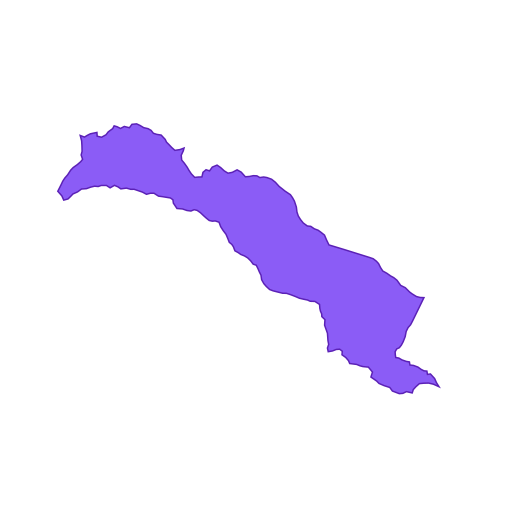 Lucélia, São Paulo, Brazil (Mercator projection), rotated 283°
{"feature_id": "56859067B24992356394573", "entity_name": "Lucélia", "entity_type": "district", "adm_level": 2, "iso_a3": "BRA", "parent_name": "Brazil", "parent_adm1": "São Paulo", "projection": "mercator", "projection_center": [-50.994, -21.634], "detail": "fine", "context": "isolated", "style": "filled", "palette": "violet", "viewbox_px": 512, "rotation_deg": 283, "n_neighbors": 0, "source": "geoboundaries", "source_scale": "gbopen_adm2", "svg_char_len": 3247}
<svg xmlns="http://www.w3.org/2000/svg" viewBox="0 0 512 512"><g transform="rotate(283 256 256)"><path d="M173.0,390.5L169.1,395.6L163.9,395.2L161.3,401.7L159.5,404.5L158.5,410.0L158.0,415.9L155.1,419.3L154.1,426.6L155.2,430.0L157.7,433.1L157.7,439.0L161.2,439.3L164.6,441.2L168.4,443.9L169.8,448.1L171.0,452.7L171.0,457.7L169.8,463.7L173.1,460.4L176.8,457.6L180.3,452.5L179.2,449.7L182.3,448.4L181.9,445.5L182.7,442.3L184.2,438.8L184.8,434.1L184.4,430.5L187.3,429.3L187.1,426.2L187.6,421.6L188.7,418.1L188.5,415.0L191.0,414.0L194.0,413.1L197.1,414.0L198.9,416.3L201.9,417.7L205.6,418.7L211.0,419.5L216.3,419.3L220.5,420.3L223.8,422.1L228.0,423.2L253.2,429.0L252.5,425.1L252.6,421.4L254.2,416.7L255.5,413.7L258.7,408.6L259.9,403.6L264.1,398.8L265.9,395.1L266.9,391.5L268.6,387.4L269.9,382.9L272.7,380.0L276.2,377.1L278.0,374.5L279.7,370.8L280.1,367.1L282.1,340.9L283.2,324.6L287.4,321.2L291.8,318.0L293.8,313.8L295.1,310.7L295.6,306.8L297.2,302.7L296.8,299.2L298.8,294.6L301.5,291.2L304.5,288.2L308.1,286.0L312.8,284.3L318.1,281.1L321.1,278.4L323.5,275.7L325.8,269.6L327.6,265.9L329.0,262.9L332.2,258.3L334.3,253.9L334.9,249.0L334.7,245.7L333.3,242.1L334.3,238.9L333.7,235.4L332.1,231.9L330.8,227.8L334.4,222.7L335.7,218.2L332.2,214.1L330.4,210.1L331.8,205.9L334.2,201.7L335.8,197.6L332.8,193.4L328.5,191.6L328.8,187.9L325.6,185.5L320.9,185.5L319.9,181.8L318.8,178.6L321.5,174.5L324.6,171.2L327.0,169.0L330.3,165.3L332.8,162.0L337.3,160.5L342.1,161.5L345.0,161.6L342.6,158.0L340.7,153.2L342.8,149.4L345.0,146.1L346.8,143.2L349.2,141.3L352.5,136.4L352.2,131.8L352.5,128.4L354.8,125.5L355.8,122.2L355.8,117.7L357.1,113.7L357.9,110.0L356.4,105.5L352.5,103.8L352.6,98.5L349.8,95.3L350.7,91.6L350.9,88.5L347.9,87.7L343.7,84.1L340.4,82.6L337.0,78.8L337.0,74.3L340.6,73.2L339.2,70.1L337.8,67.1L335.8,64.7L333.3,62.1L333.9,57.6L329.0,60.2L324.6,61.5L318.8,63.0L315.1,62.9L311.2,65.3L308.5,64.0L304.8,61.3L301.1,58.0L297.9,56.1L292.7,54.2L289.0,52.2L285.5,50.9L281.8,50.1L278.5,49.3L274.5,48.3L270.9,53.3L267.2,56.1L269.3,60.0L272.4,62.0L275.3,63.7L278.3,67.7L282.0,70.9L283.5,75.7L285.9,79.4L287.7,83.0L288.2,86.6L289.9,89.3L291.1,94.4L289.6,98.5L293.0,102.2L292.3,106.0L291.0,109.2L293.0,114.5L292.8,119.0L293.6,122.2L293.2,126.2L292.7,131.0L291.5,135.4L293.4,139.0L294.2,142.5L292.4,147.5L292.8,151.8L293.0,155.0L293.3,159.5L292.1,162.4L288.9,163.6L284.5,168.3L285.3,173.8L284.8,178.5L285.2,182.5L287.2,185.3L287.2,188.4L285.7,192.1L283.4,196.0L281.7,199.1L280.1,202.4L280.1,205.6L281.0,208.4L280.6,212.4L276.6,215.0L273.4,218.3L270.4,221.9L266.7,224.6L263.3,226.9L261.9,229.8L259.9,231.9L256.3,234.3L255.3,237.9L254.1,240.8L253.5,244.7L252.3,248.3L250.1,251.9L247.4,255.1L247.1,258.3L244.2,260.7L241.3,262.8L238.4,265.2L234.2,266.8L230.8,269.9L228.7,272.8L226.4,276.8L225.9,280.5L225.8,284.8L225.7,290.3L226.5,294.1L226.1,298.6L225.4,303.5L224.6,307.9L224.6,312.0L224.7,316.1L224.1,319.0L225.0,323.6L223.1,328.8L219.3,330.0L216.8,331.2L214.4,333.0L211.7,333.8L209.5,337.5L204.0,338.4L196.8,343.0L189.6,345.2L186.2,346.7L182.4,346.3L179.0,347.9L180.7,351.9L183.0,355.2L184.0,358.5L182.6,361.5L179.1,362.0L177.3,366.3L174.8,369.7L172.3,371.5L173.0,378.5L172.4,382.0L172.3,385.0L173.0,390.5Z" fill="#8b5cf6" stroke="#5b21b6" stroke-width="1.5"/></g></svg>